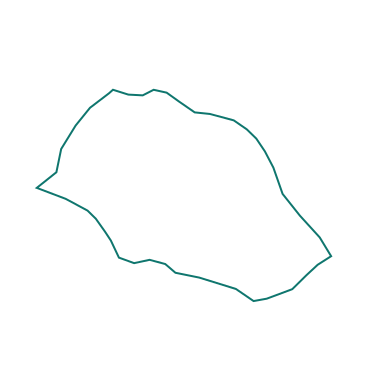 outline of Torsås, Kalmar, Sweden, rotated 195°
{"feature_id": "70781695B75785870323724", "entity_name": "Torsås", "entity_type": "district", "adm_level": 2, "iso_a3": "SWE", "parent_name": "Sweden", "parent_adm1": "Kalmar", "projection": "natural_earth1", "projection_center": [15.932, 56.442], "detail": "fine", "context": "isolated", "style": "outline", "palette": "teal", "viewbox_px": 384, "rotation_deg": 195, "n_neighbors": 0, "source": "geoboundaries", "source_scale": "gbopen_adm2", "svg_char_len": 663}
<svg xmlns="http://www.w3.org/2000/svg" viewBox="0 0 384 384"><g transform="rotate(195 192 192)"><path d="M294.8,270.3L297.7,265.9L312.3,247.0L321.6,226.1L329.5,199.7L328.1,176.0L343.0,155.8L312.3,152.7L288.1,147.0L278.0,141.3L265.8,131.2L257.8,124.1L245.6,109.7L229.5,108.3L215.4,115.5L199.2,115.5L187.1,109.7L162.9,111.2L124.5,109.7L104.3,102.6L103.0,103.2L92.2,108.3L70.0,124.1L59.9,141.3L51.8,154.2L41.0,166.0L56.9,181.2L81.7,197.1L104.0,213.6L119.7,236.6L132.1,250.1L143.7,260.2L155.3,266.7L170.2,272.0L195.0,272.0L210.0,269.6L228.2,276.1L242.2,281.4L255.5,280.8L264.6,272.6L278.7,269.6L294.8,270.3Z" fill="none" stroke="#0f766e" stroke-width="2"/></g></svg>